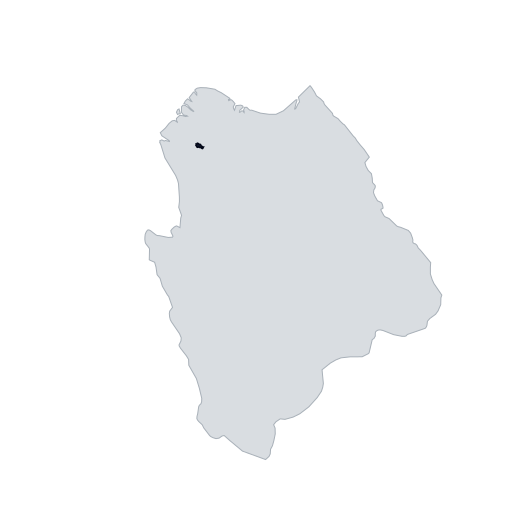 Umuahia North, Abia, Nigeria shown in context, rotated 139°
{"feature_id": "59680162B14302921886514", "entity_name": "Umuahia North", "entity_type": "district", "adm_level": 2, "iso_a3": "NGA", "parent_name": "Nigeria", "parent_adm1": "Abia", "projection": "equal_earth", "projection_center": [7.466, 5.592], "detail": "fine", "context": "in_parent", "style": "filled", "palette": "ink", "viewbox_px": 512, "rotation_deg": 139, "n_neighbors": 0, "source": "geoboundaries", "source_scale": "gbopen_adm2", "svg_char_len": 4778}
<svg xmlns="http://www.w3.org/2000/svg" viewBox="0 0 512 512"><g transform="rotate(139 256 256)"><path d="M382.3,96.1L394.2,117.6L396.8,133.6L397.8,141.4L399.7,142.4L403.4,142.8L406.0,144.4L407.6,147.0L408.6,149.4L408.8,150.9L408.2,160.5L407.3,163.9L407.8,168.7L407.7,170.7L407.3,172.1L405.7,173.7L403.5,175.2L398.2,179.8L396.7,180.5L394.5,180.6L392.6,181.7L390.3,184.2L385.5,193.4L381.4,202.6L378.4,217.6L374.7,222.2L374.0,226.4L373.5,235.7L373.0,238.5L372.4,239.4L368.4,241.1L366.1,243.3L364.7,247.5L363.0,261.9L362.4,264.3L361.1,266.8L359.1,269.5L357.3,271.0L352.7,272.0L348.4,282.8L348.4,284.7L346.5,294.6L343.1,302.0L342.9,306.8L338.7,313.3L336.6,317.8L338.8,322.4L339.0,323.2L331.8,331.1L331.4,332.2L331.1,337.7L330.5,339.2L329.2,341.2L327.2,343.4L325.3,345.1L323.0,346.2L320.9,346.7L319.7,346.0L319.0,344.3L317.7,337.7L317.1,336.2L315.7,334.9L310.1,327.6L306.7,325.0L306.0,325.2L305.5,325.9L304.5,329.6L303.6,331.0L301.8,331.4L298.7,331.5L296.4,331.0L295.9,330.2L294.8,327.3L287.9,334.0L285.5,335.5L282.4,343.4L278.1,347.3L275.1,350.8L267.0,361.5L265.4,364.7L263.8,369.5L260.4,389.7L254.8,402.4L254.1,405.0L253.7,405.0L253.0,406.1L250.9,405.4L249.9,403.0L248.6,402.6L246.2,399.2L245.8,399.8L248.2,408.5L247.3,411.9L240.5,412.0L234.6,413.1L230.6,413.0L228.5,411.8L227.6,408.5L227.3,408.9L227.1,410.6L225.8,412.0L221.3,412.2L219.3,410.0L217.7,407.5L215.9,406.4L216.2,407.5L218.2,409.9L218.0,413.4L214.3,417.5L212.0,417.7L210.6,415.9L209.8,413.1L209.4,408.9L208.5,406.1L208.0,406.1L208.6,410.7L208.6,415.0L210.4,418.3L207.7,419.3L204.5,419.5L204.1,418.2L203.7,415.5L203.1,414.7L202.5,419.4L195.9,420.7L195.0,420.5L194.8,419.7L195.3,418.4L195.2,416.3L193.7,417.9L193.5,421.1L192.7,421.6L190.2,421.2L187.4,419.5L183.0,415.4L177.6,408.8L176.7,405.8L175.1,402.1L172.3,392.1L172.8,391.6L174.1,392.2L174.7,391.2L172.5,390.5L172.0,389.8L171.8,387.6L171.9,384.8L175.4,383.4L176.2,381.8L176.6,380.1L172.4,382.6L168.5,379.8L167.6,378.0L168.0,376.7L172.6,376.6L174.2,375.3L173.2,374.9L171.5,374.9L170.8,374.1L170.9,372.0L170.3,372.5L169.6,374.3L166.9,375.6L165.4,374.3L165.2,371.3L164.9,369.9L163.6,368.9L158.9,360.9L153.1,354.3L147.9,349.8L140.0,347.6L123.6,347.7L122.6,347.1L123.7,346.0L125.1,345.3L130.4,341.6L129.5,341.1L124.0,343.4L122.1,343.7L119.7,348.1L103.5,349.1L103.5,347.0L104.3,341.2L105.3,337.2L104.2,332.3L103.9,327.9L104.6,326.5L104.9,324.9L104.7,313.5L105.6,311.8L105.6,310.7L104.0,305.9L104.0,302.2L103.7,298.6L103.2,297.0L103.9,283.1L103.7,279.7L104.2,277.3L104.5,271.4L104.5,265.5L105.6,256.3L112.5,255.1L114.2,251.5L115.2,246.9L114.9,242.4L117.2,238.5L119.9,235.0L119.8,231.1L120.6,229.9L121.9,229.1L123.7,228.6L125.8,226.7L127.0,223.3L128.1,218.0L126.4,214.2L126.4,213.4L127.1,211.4L128.2,209.4L129.0,208.7L131.0,209.3L131.7,208.5L133.0,202.5L132.9,201.0L131.0,197.0L130.1,186.3L129.5,184.9L128.1,182.9L124.3,175.4L124.3,171.8L126.0,167.3L127.1,165.1L128.5,163.8L128.8,162.8L128.4,161.5L127.7,160.5L127.5,158.5L128.3,155.6L128.1,152.5L128.5,136.4L131.7,133.2L136.2,128.0L138.6,122.5L139.8,118.4L141.4,104.6L143.9,103.1L148.5,98.1L154.7,95.1L158.7,94.2L165.8,94.8L169.4,94.3L172.4,91.6L173.8,90.8L175.7,90.4L193.3,97.5L194.9,97.2L196.3,97.7L198.5,99.6L203.7,106.3L209.1,116.6L210.8,118.8L212.5,120.0L214.2,120.4L215.5,120.3L216.8,119.3L218.5,117.3L221.1,116.4L223.2,116.6L234.2,108.7L235.3,108.6L242.0,110.3L251.2,118.2L258.7,123.4L264.0,125.2L270.2,126.4L280.8,126.8L288.8,115.6L291.7,113.2L295.3,111.0L302.7,109.0L315.0,107.5L326.5,108.2L333.7,110.1L341.3,113.7L344.6,117.2L349.7,117.8L353.4,117.1L354.5,113.6L358.2,109.1L363.7,104.9L368.1,102.0L371.8,100.6L375.1,97.3L377.7,96.2L382.3,96.1ZM221.7,416.7L219.2,417.8L217.6,417.5L219.8,413.0L221.0,413.9L222.4,414.3L221.7,416.7Z" fill="#d9dde1" stroke="#a8b0b8" stroke-width="1"/><path d="M227.6,379.9L227.8,379.6L227.8,379.3L228.0,379.2L228.4,379.2L228.7,379.1L228.7,378.5L228.7,378.4L228.9,378.1L228.9,377.4L229.0,377.1L229.1,376.8L228.9,376.5L228.8,376.3L228.0,375.9L227.7,375.9L227.4,375.4L227.3,375.2L227.3,374.8L227.2,374.6L226.9,374.3L226.8,374.2L226.6,374.1L226.1,374.1L226.1,373.2L226.3,372.9L226.1,372.3L225.8,372.1L225.7,372.1L225.4,372.2L225.1,372.3L224.7,372.5L224.4,372.6L224.1,372.7L224.2,372.8L224.3,372.9L224.4,373.0L224.5,373.1L224.6,373.3L224.7,373.5L224.7,373.8L224.7,374.0L224.8,374.2L224.8,374.3L224.9,374.5L225.0,374.7L225.0,374.8L225.0,375.0L225.1,375.4L225.1,375.5L225.0,375.8L225.0,376.0L224.9,376.2L224.9,376.3L224.7,376.5L224.9,376.9L225.0,376.9L225.3,377.1L225.5,377.2L225.6,377.5L225.8,377.7L225.8,377.8L225.7,377.8L225.6,378.1L225.6,378.4L225.7,378.5L225.9,379.1L226.1,379.3L226.3,379.4L226.5,379.4L226.5,379.5L226.7,379.4L226.8,379.4L226.8,379.1L227.0,379.1L227.2,379.4L227.3,379.4L227.3,379.5L227.5,379.8L227.6,379.9Z" fill="#0f172a" stroke="#020617" stroke-width="1.5"/></g></svg>